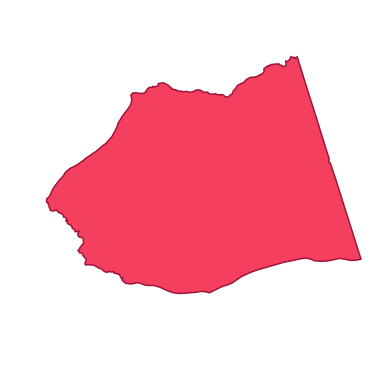 Juruena, Mato Grosso, Brazil, rotated 73°
{"feature_id": "56859067B78925689258289", "entity_name": "Juruena", "entity_type": "district", "adm_level": 2, "iso_a3": "BRA", "parent_name": "Brazil", "parent_adm1": "Mato Grosso", "projection": "equal_earth", "projection_center": [-58.641, -10.397], "detail": "fine", "context": "isolated", "style": "filled", "palette": "rose", "viewbox_px": 384, "rotation_deg": 73, "n_neighbors": 0, "source": "geoboundaries", "source_scale": "gbopen_adm2", "svg_char_len": 3699}
<svg xmlns="http://www.w3.org/2000/svg" viewBox="0 0 384 384"><g transform="rotate(73 192 192)"><path d="M156.0,332.8L157.5,333.5L159.1,334.0L160.5,332.9L161.6,333.2L163.3,332.5L165.1,333.2L166.5,332.7L168.3,332.8L169.4,330.8L169.6,329.2L169.9,326.8L171.7,325.9L173.3,324.9L174.1,323.6L175.2,322.6L176.7,321.9L178.4,322.2L179.4,320.5L180.9,319.6L182.7,321.0L182.9,319.2L184.2,320.3L185.7,320.2L186.7,319.4L188.2,317.8L189.9,316.9L191.8,317.1L193.4,315.3L195.8,315.4L196.1,313.5L196.6,311.5L198.4,313.4L200.5,313.7L201.9,313.3L202.5,312.0L203.4,310.8L204.3,309.8L205.5,309.9L207.4,310.3L209.4,310.6L210.0,312.3L211.0,313.2L212.0,314.9L213.6,316.5L214.7,318.2L216.0,317.3L217.2,317.5L218.0,315.3L219.1,314.8L220.5,314.9L222.9,314.1L224.7,312.9L226.1,312.9L226.9,314.0L228.1,314.5L229.6,315.4L230.7,315.0L231.2,312.5L232.0,310.5L232.6,308.8L234.0,306.1L235.5,305.5L236.4,304.0L237.8,303.2L238.6,301.4L239.9,300.6L241.1,300.1L243.8,297.5L244.0,294.1L245.0,292.3L245.4,290.2L246.8,290.2L247.5,288.4L248.9,287.0L249.5,285.5L251.1,285.3L253.1,285.0L253.9,283.2L254.7,284.7L256.0,284.5L257.6,283.6L260.0,282.1L262.4,276.4L262.2,274.6L262.6,273.2L262.7,271.3L263.3,269.5L264.6,267.5L267.1,264.5L268.2,262.0L268.9,260.5L269.9,256.6L270.9,254.7L273.4,250.9L280.7,242.5L282.7,239.6L284.1,236.6L285.2,234.1L286.6,228.9L287.5,224.4L288.4,221.0L288.8,218.8L289.9,211.8L290.9,209.1L292.2,206.8L293.5,204.7L293.1,202.7L292.4,198.1L291.5,193.0L291.2,190.0L291.2,187.7L291.2,184.6L290.7,181.0L290.4,179.1L288.9,174.4L287.7,170.5L287.2,168.4L286.4,162.3L286.0,158.8L285.7,153.7L285.7,148.4L285.8,139.6L286.0,129.1L286.1,124.0L286.5,120.2L287.1,114.8L287.5,108.3L288.1,104.5L288.9,101.8L290.0,99.5L291.7,97.0L293.4,95.3L295.1,91.2L296.7,86.3L297.5,82.7L298.2,76.0L298.6,70.6L299.4,68.9L301.2,65.0L302.8,62.3L304.1,59.4L305.0,55.9L305.5,52.2L305.5,50.0L300.1,50.1L298.1,50.1L224.9,50.8L223.4,50.8L204.5,51.3L203.5,52.6L202.3,52.2L201.1,51.4L199.5,51.1L193.5,51.2L155.5,51.4L116.8,51.8L103.7,51.8L100.4,51.9L95.3,51.9L93.5,51.8L94.4,54.3L92.9,55.2L92.7,56.7L91.5,57.9L93.1,59.0L94.2,60.6L95.0,63.1L94.2,64.2L95.4,64.5L96.7,64.4L98.6,65.1L98.8,66.9L98.9,68.5L97.6,68.8L96.3,70.7L94.9,71.4L94.6,73.1L93.9,75.0L93.5,78.0L93.1,79.9L94.2,80.6L93.5,82.4L94.0,83.9L94.6,85.6L95.2,87.3L98.0,87.8L99.2,89.7L99.8,91.1L99.7,93.1L100.4,94.8L100.4,97.2L100.4,99.7L99.6,101.4L99.6,103.8L100.1,106.0L100.7,107.7L101.5,109.0L102.3,110.1L102.5,112.5L103.0,115.4L103.6,117.6L104.8,119.1L106.0,120.2L106.6,121.9L107.6,123.1L108.8,124.1L109.8,124.8L110.3,126.4L111.3,128.9L111.7,130.5L110.8,131.9L109.9,132.9L108.8,133.4L107.5,134.8L107.2,136.9L106.2,139.5L104.8,141.0L104.8,142.8L104.1,144.7L103.2,146.4L102.3,147.7L101.2,147.6L100.4,150.0L100.0,151.7L98.6,152.9L97.3,154.0L96.0,156.3L95.8,159.0L96.3,160.9L96.4,162.8L96.0,164.5L95.4,166.0L94.1,167.9L93.9,170.4L92.5,172.6L92.1,174.3L91.2,175.8L89.2,178.2L88.7,179.6L87.8,180.5L86.3,181.4L84.4,182.7L83.0,183.5L81.7,184.8L79.9,186.5L79.0,188.4L78.7,190.4L78.5,192.6L80.5,193.0L80.5,196.0L80.7,197.5L79.5,198.5L80.1,199.9L79.5,201.8L80.0,203.8L81.4,205.7L82.8,207.1L83.3,209.2L83.1,211.2L82.4,213.0L80.6,217.0L80.0,219.7L81.7,222.2L85.1,222.3L89.0,224.0L91.5,226.0L93.3,228.5L94.5,229.8L96.7,233.2L98.3,235.1L99.4,236.9L102.4,240.0L103.8,241.7L104.9,242.8L107.3,244.2L109.4,246.3L111.0,247.5L113.5,250.4L115.4,252.1L116.8,254.3L118.2,256.7L119.4,258.4L120.7,260.9L121.1,262.5L122.4,265.9L125.2,271.9L126.2,276.1L127.1,278.1L127.8,280.8L128.8,284.2L130.0,286.3L131.0,289.8L131.9,292.0L133.3,298.2L133.6,301.0L135.2,305.3L136.5,307.7L137.7,308.9L139.4,311.1L141.1,314.2L147.0,322.6L148.9,324.6L153.6,328.7L154.9,330.3L156.0,332.8Z" fill="#f43f5e" stroke="#9f1239" stroke-width="1.5"/></g></svg>